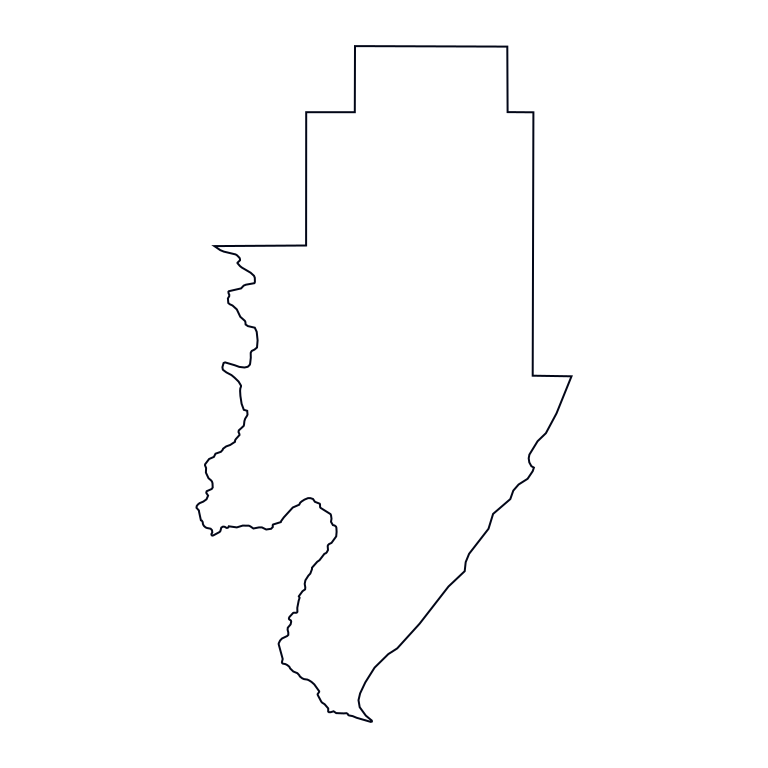 Menominee, Michigan, United States of America (Robinson projection)
{"feature_id": "52423323B70505810284564", "entity_name": "Menominee", "entity_type": "district", "adm_level": 2, "iso_a3": "USA", "parent_name": "United States of America", "parent_adm1": "Michigan", "projection": "robinson", "projection_center": [-87.723, 45.54], "detail": "fine", "context": "isolated", "style": "outline", "palette": "ink", "viewbox_px": 768, "rotation_deg": 0, "n_neighbors": 0, "source": "geoboundaries", "source_scale": "gbopen_adm2", "svg_char_len": 3701}
<svg xmlns="http://www.w3.org/2000/svg" viewBox="0 0 768 768"><path d="M214.4,246.1L220.2,250.1L223.8,251.6L235.5,254.4L236.9,255.2L239.5,257.8L240.0,259.2L240.0,260.3L237.5,262.7L237.5,263.2L240.0,266.1L241.9,267.6L250.6,272.7L254.0,275.8L254.8,277.8L254.9,281.6L254.7,282.7L254.3,283.2L245.9,284.7L243.7,285.6L241.1,288.4L228.9,291.2L228.4,291.8L228.6,293.4L229.3,294.8L229.2,296.3L227.9,298.4L228.3,303.0L229.7,304.2L232.5,305.5L236.8,309.4L240.3,316.8L244.9,320.9L245.4,322.0L245.6,324.5L247.9,326.1L254.8,327.7L256.7,331.8L257.6,340.4L257.0,347.5L254.5,349.6L251.8,350.9L251.2,351.8L250.7,352.9L250.8,357.8L250.2,363.1L249.9,364.6L248.6,366.0L247.7,366.8L244.5,367.5L239.3,366.9L234.6,365.2L225.1,362.4L223.6,363.0L222.4,367.2L222.8,369.5L223.2,370.0L226.4,372.4L231.5,375.1L234.6,377.7L238.6,381.6L241.0,385.6L241.0,386.5L240.3,388.5L240.1,390.9L240.4,395.9L241.6,403.8L243.8,409.8L247.2,410.8L247.5,414.6L247.0,415.8L245.2,418.6L244.4,421.1L244.0,424.8L243.7,425.9L238.8,430.4L238.5,432.0L239.4,434.0L239.5,435.0L236.0,438.9L235.1,440.3L235.0,441.8L230.1,445.0L226.2,446.4L223.1,448.7L222.7,449.8L220.9,451.8L215.5,453.7L213.9,456.9L209.1,459.0L205.1,464.3L205.0,465.3L206.1,468.0L205.9,472.6L208.5,478.2L211.2,480.5L212.0,481.6L212.5,483.2L212.7,487.5L211.7,489.0L206.7,491.2L206.3,492.5L206.4,493.1L208.1,495.6L206.5,499.3L203.3,501.6L199.5,503.2L197.8,504.6L196.7,506.1L196.5,507.8L198.9,510.5L199.1,512.0L200.9,520.3L201.8,520.6L202.7,522.1L202.9,523.8L203.2,524.7L204.0,526.0L205.6,527.4L207.0,528.0L210.6,528.7L212.0,530.2L212.3,532.4L211.4,534.1L211.5,534.9L212.2,535.6L213.3,535.4L219.6,532.0L220.4,531.0L221.3,527.6L223.0,526.6L224.7,526.8L226.5,527.9L227.7,527.8L228.5,527.1L228.8,526.3L236.8,527.4L242.7,525.6L248.9,525.7L250.4,526.4L253.4,528.5L259.0,527.4L260.5,527.4L261.9,527.4L266.2,529.5L271.1,528.8L272.8,527.0L272.7,525.2L273.1,524.5L280.8,522.1L281.2,521.0L283.8,517.4L292.8,507.5L299.2,504.7L300.2,502.7L301.7,501.4L304.5,499.6L308.1,498.1L310.3,498.1L313.0,499.0L314.9,501.8L319.7,503.7L320.0,504.3L320.1,507.1L320.6,507.9L330.5,514.1L331.0,515.2L331.5,518.7L331.0,521.8L332.9,525.1L334.6,525.5L336.0,526.6L336.4,527.8L336.6,531.9L336.2,536.4L331.5,542.9L329.0,544.1L327.9,545.3L327.7,546.2L328.0,550.0L326.7,552.4L325.7,553.3L324.4,553.8L319.5,560.2L317.2,561.8L312.0,567.7L312.0,569.1L310.3,573.6L308.4,575.6L305.4,580.3L304.7,583.9L305.3,587.4L305.1,589.4L302.5,591.2L298.8,596.3L299.6,597.8L298.7,600.6L297.3,607.8L297.4,611.8L296.9,612.5L296.1,612.8L293.9,612.7L293.1,613.0L289.5,616.9L288.9,618.2L289.1,619.3L290.9,620.5L291.2,621.7L290.6,624.4L287.8,627.7L287.6,629.8L288.3,632.5L288.3,634.9L287.2,636.0L282.0,638.5L280.1,640.5L278.7,643.4L278.7,644.3L282.7,659.0L281.9,662.2L282.2,663.1L282.8,663.6L285.4,664.1L287.3,665.1L289.3,666.7L290.2,668.5L293.3,671.5L297.4,673.2L299.4,675.4L299.8,676.4L302.2,678.3L304.0,679.1L307.4,679.6L309.1,680.4L311.5,681.9L314.3,684.4L319.2,691.3L319.1,692.0L317.6,694.2L317.8,695.1L321.3,701.7L322.2,702.7L324.6,704.2L327.7,707.8L328.2,708.4L328.2,711.6L329.0,712.2L330.7,712.2L333.6,711.3L336.2,713.1L343.7,713.4L346.5,713.2L347.7,713.9L348.1,714.8L348.9,715.4L352.6,716.1L356.7,717.8L370.8,721.9L371.9,721.5L371.8,720.6L365.8,715.6L359.7,707.2L358.5,700.2L360.1,693.4L365.3,682.4L374.6,667.6L388.3,654.1L397.2,648.4L419.6,623.7L448.5,586.5L464.7,571.2L465.7,562.1L469.1,553.8L488.5,528.8L493.1,513.9L510.3,499.1L513.3,490.6L518.6,484.5L527.6,478.8L532.7,471.2L533.9,467.6L531.4,466.2L529.3,462.4L528.7,458.3L529.4,454.6L537.6,441.2L545.9,433.2L556.5,413.4L571.5,376.3L532.7,375.7L533.4,112.3L507.6,112.1L507.3,46.6L355.0,46.1L354.8,112.2L306.2,112.2L306.1,245.5L214.4,246.1Z" fill="none" stroke="#020617" stroke-width="2"/></svg>